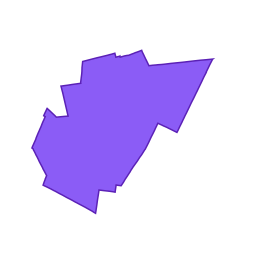 the district of Carpinis, Timis, Romania, rotated 167°
{"feature_id": "2599482B73230505833398", "entity_name": "Carpinis", "entity_type": "district", "adm_level": 2, "iso_a3": "ROU", "parent_name": "Romania", "parent_adm1": "Timis", "projection": "mercator", "projection_center": [20.916, 45.814], "detail": "fine", "context": "isolated", "style": "filled", "palette": "violet", "viewbox_px": 256, "rotation_deg": 167, "n_neighbors": 0, "source": "geoboundaries", "source_scale": "gbopen_adm2", "svg_char_len": 3374}
<svg xmlns="http://www.w3.org/2000/svg" viewBox="0 0 256 256"><g transform="rotate(167 128 128)"><path d="M159.1,197.6L160.2,193.4L160.9,191.2L161.6,189.3L163.1,185.2L163.9,183.0L164.0,182.6L164.0,182.2L165.6,182.3L167.0,182.5L167.7,182.5L169.5,182.7L172.9,183.0L174.8,183.1L177.4,183.3L180.4,183.6L181.8,183.7L183.9,183.9L183.8,181.7L183.8,181.1L183.8,179.8L183.7,177.3L183.7,175.8L183.7,174.2L183.7,172.3L183.7,171.5L183.7,167.3L183.7,163.4L183.7,159.5L183.7,159.1L183.7,155.9L183.7,154.9L183.7,153.1L184.6,153.2L187.2,153.6L189.4,153.9L194.0,154.5L195.4,154.7L196.6,156.7L197.6,158.2L200.3,162.3L202.4,165.3L202.6,165.1L204.3,162.9L205.2,161.8L207.4,158.9L206.1,157.7L207.3,156.1L208.2,154.8L209.2,153.6L210.0,152.5L210.7,151.5L211.2,150.8L212.1,149.4L213.2,147.9L214.0,146.9L215.2,145.2L216.3,143.8L217.1,142.7L218.1,141.3L219.1,139.9L220.0,138.6L220.1,138.3L220.6,137.5L221.3,136.6L221.9,135.8L222.9,134.5L224.0,133.0L225.1,131.6L226.1,130.1L225.3,129.4L225.0,127.7L224.6,126.4L224.1,124.4L224.0,123.8L223.6,122.0L223.3,121.1L223.0,119.9L222.5,117.8L222.1,115.8L221.8,114.5L221.1,111.9L220.5,109.7L220.1,108.2L220.1,107.6L219.1,104.1L218.5,101.8L218.0,99.9L218.6,99.1L219.4,97.9L220.1,97.0L220.1,96.8L220.6,96.1L221.8,94.3L222.8,92.7L223.6,91.4L221.9,90.0L220.7,89.1L218.0,86.9L216.8,85.9L214.2,83.6L213.3,82.9L211.6,81.4L209.5,79.5L207.8,78.1L206.5,77.0L205.9,76.4L205.3,75.9L203.8,74.5L202.4,73.3L200.7,71.9L199.0,70.4L198.5,70.0L196.8,68.4L195.8,67.5L194.8,66.7L193.0,65.1L191.1,63.5L188.7,61.4L187.4,60.3L185.8,58.8L184.9,58.0L183.7,56.9L181.4,54.8L180.3,53.6L178.8,52.2L177.7,54.9L176.8,57.2L175.7,60.0L174.4,63.5L173.3,66.3L171.8,70.0L170.2,74.1L165.9,72.5L160.7,70.7L157.1,69.3L155.0,68.4L153.8,71.5L152.4,75.1L150.6,74.4L147.7,73.3L146.3,74.6L144.6,76.2L142.2,78.8L141.5,79.4L139.7,81.1L136.5,84.2L135.6,85.0L135.4,85.3L135.0,85.8L132.9,87.8L131.9,88.8L130.2,90.3L127.1,93.0L125.9,94.1L124.5,95.5L123.5,96.5L120.7,98.9L118.0,101.6L116.4,103.2L115.9,103.5L115.3,104.3L113.6,106.3L111.1,109.3L108.7,112.4L107.6,113.8L104.9,117.0L102.7,119.7L101.2,121.7L99.7,123.5L98.5,125.1L97.8,125.9L97.3,125.5L95.4,124.0L94.8,123.6L93.6,122.6L92.5,121.7L92.3,121.6L89.9,119.8L89.3,119.3L88.5,118.6L86.5,117.0L84.1,115.0L81.3,112.7L81.2,112.8L80.4,113.8L80.0,114.2L77.2,117.8L76.6,118.5L73.8,121.9L73.3,122.6L70.7,125.8L69.8,127.0L67.6,129.6L66.5,131.0L64.9,133.0L62.9,135.5L61.0,137.9L59.6,139.6L57.3,142.3L56.1,143.8L53.7,146.8L52.5,148.2L50.3,151.0L49.0,152.6L46.5,155.7L45.6,156.8L43.9,159.0L42.3,161.0L39.2,164.6L39.3,164.8L36.7,168.0L34.0,171.4L33.3,172.2L30.1,176.0L29.9,176.1L37.0,177.0L41.8,177.7L49.3,178.6L55.6,179.3L57.5,179.5L61.7,180.0L65.5,180.5L71.8,181.3L73.7,181.5L77.5,181.9L78.4,182.0L81.5,182.4L84.5,182.9L86.4,183.1L89.7,183.6L93.6,184.0L94.4,187.6L95.1,190.7L95.3,191.2L95.5,192.3L95.7,193.1L96.3,196.0L96.7,197.6L97.0,199.0L97.1,199.4L97.1,199.7L97.2,200.6L100.6,200.1L103.1,199.8L103.8,199.8L105.3,199.5L105.8,199.4L106.7,199.3L107.7,199.2L108.9,199.0L110.4,198.8L111.1,198.7L111.4,198.7L111.9,198.8L112.2,198.9L114.6,199.0L115.7,199.0L118.8,198.8L119.7,198.8L119.7,199.9L119.9,199.8L121.0,199.8L122.4,199.8L123.3,199.7L123.9,199.7L123.9,200.8L124.0,202.9L124.0,203.8L126.2,203.7L127.4,203.6L129.6,203.6L131.0,203.5L138.6,203.4L142.2,203.4L153.3,203.1L157.2,203.0L159.0,197.8L159.1,197.6Z" fill="#8b5cf6" stroke="#5b21b6" stroke-width="1.5"/></g></svg>